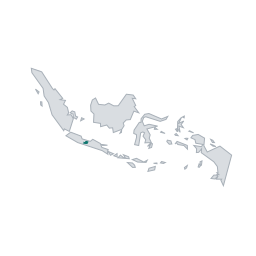 Banjarnegara, Jawa Tengah, Indonesia (highlighted), rotated 12°
{"feature_id": "22746128B31481808975183", "entity_name": "Banjarnegara", "entity_type": "district", "adm_level": 2, "iso_a3": "IDN", "parent_name": "Indonesia", "parent_adm1": "Jawa Tengah", "projection": "orthographic", "projection_center": [109.665, -7.356], "detail": "fine", "context": "in_parent", "style": "filled", "palette": "teal", "viewbox_px": 256, "rotation_deg": 12, "n_neighbors": 0, "source": "geoboundaries", "source_scale": "gbopen_adm2", "svg_char_len": 4371}
<svg xmlns="http://www.w3.org/2000/svg" viewBox="0 0 256 256"><g transform="rotate(12 128 128)"><path d="M90.0,105.4L94.3,111.0L100.6,110.3L103.9,107.7L109.5,109.3L113.8,108.3L119.4,95.3L126.2,94.7L129.5,97.8L126.0,98.1L130.9,104.4L129.6,105.8L135.4,110.9L130.2,110.3L128.5,119.3L124.6,120.5L122.3,124.1L123.7,126.6L122.2,130.6L114.6,135.5L112.9,131.0L109.8,132.0L106.6,129.5L100.9,132.4L100.1,129.2L93.1,129.6L91.8,121.4L88.2,119.1L86.7,113.5L87.3,108.0L90.0,105.4ZM21.0,89.7L31.9,91.0L45.9,105.1L47.7,106.2L48.4,104.7L58.0,112.6L55.7,114.4L61.1,114.0L60.0,118.2L64.4,120.4L66.8,125.5L65.9,127.9L69.5,126.8L72.6,130.3L71.3,143.5L65.9,142.1L65.7,144.0L51.0,130.9L44.9,119.7L39.3,114.1L36.7,106.9L22.5,93.9L21.0,89.7ZM235.0,133.0L233.3,164.6L229.7,159.8L230.2,158.6L225.0,159.7L226.0,156.6L224.7,154.9L225.2,154.7L226.0,154.8L226.5,154.7L224.2,153.3L225.3,153.0L223.4,147.1L219.0,143.2L204.8,136.9L204.3,133.1L202.2,137.1L200.0,137.8L199.4,134.0L196.0,131.4L203.7,131.0L204.7,128.5L197.5,128.8L195.9,125.4L191.6,124.5L192.8,121.8L198.0,119.7L205.0,122.0L205.9,129.6L210.5,135.0L221.7,126.6L235.0,133.0ZM163.4,111.7L158.1,114.8L143.0,113.3L141.2,114.5L140.6,118.5L143.4,122.5L147.8,120.0L156.6,120.0L146.7,125.0L151.1,130.1L150.9,133.6L153.8,137.4L147.6,139.0L147.8,135.8L144.4,132.9L145.2,129.2L143.3,128.8L141.4,130.1L142.1,142.9L137.9,142.9L138.3,135.3L137.6,132.7L134.7,132.1L134.4,128.8L137.9,120.1L139.5,119.9L138.9,116.2L141.5,111.1L145.4,109.5L158.9,112.2L164.5,108.4L163.4,111.7ZM72.8,144.0L83.8,145.7L85.4,148.2L93.9,148.9L95.9,146.4L104.1,148.9L106.4,152.4L113.1,153.2L112.9,156.1L113.8,157.9L107.5,155.5L81.8,152.7L68.9,148.5L72.8,144.0ZM176.7,112.9L181.1,109.6L179.2,113.5L182.1,116.2L177.4,115.6L179.9,121.4L176.5,118.1L175.3,111.4L178.1,106.4L176.7,112.9ZM178.8,130.9L189.6,132.7L190.6,136.3L186.3,133.5L180.2,133.8L178.4,132.3L177.3,133.9L178.8,130.9ZM152.8,157.9L144.5,159.3L138.8,158.0L142.6,155.9L150.6,158.0L153.5,155.5L152.8,157.9ZM129.1,155.1L134.6,156.0L135.6,157.8L124.4,159.2L126.2,156.1L130.0,158.0L131.3,157.3L129.1,155.1ZM162.7,159.9L162.8,163.4L156.5,166.3L156.9,163.0L162.7,159.9ZM72.6,123.3L74.2,127.2L76.4,127.7L75.6,130.1L72.4,129.0L71.4,125.8L68.2,125.2L69.8,122.9L72.6,123.3ZM223.5,159.8L219.7,160.1L221.8,156.2L224.8,155.6L225.6,157.1L223.5,159.8ZM139.6,161.3L142.2,163.0L143.3,165.0L140.7,165.6L134.6,161.9L139.6,161.3ZM172.6,131.7L174.2,134.5L171.7,135.3L168.8,133.2L169.0,131.7L172.6,131.7ZM113.3,155.0L119.2,156.2L116.5,158.3L113.3,155.0ZM122.6,155.3L123.4,158.6L119.9,158.1L122.6,155.3ZM83.2,128.3L80.2,130.8L80.5,127.6L83.2,128.3ZM207.2,144.8L207.6,149.1L206.4,149.2L205.5,146.1L207.2,144.8ZM111.5,149.1L106.9,150.3L105.0,149.6L111.5,149.1ZM155.2,138.3L155.1,142.1L152.6,143.6L153.6,138.5L155.2,138.3ZM29.4,109.2L33.5,111.2L33.0,113.2L29.4,109.2ZM39.4,124.4L37.8,123.6L37.0,120.5L38.3,120.4L39.4,124.4ZM192.2,156.5L191.4,155.0L193.8,152.3L193.6,154.8L192.2,156.5ZM188.8,117.9L193.2,119.1L188.2,118.5L188.8,117.9ZM161.2,124.4L165.4,125.6L160.8,125.4L161.2,124.4ZM153.2,140.1L150.9,141.9L152.9,138.5L153.2,140.1ZM211.2,121.9L213.5,122.4L215.6,124.3L213.6,124.6L211.2,121.9ZM171.7,154.0L170.1,155.3L167.0,155.4L167.8,153.8L171.7,154.0ZM206.8,149.8L205.8,151.7L204.7,151.5L205.0,148.4L206.8,149.8ZM178.6,125.1L175.9,125.3L175.1,124.6L176.3,123.4L178.6,125.1ZM211.6,126.5L214.8,127.0L217.8,127.9L214.9,128.1L211.6,126.5ZM154.1,121.9L156.9,123.2L154.0,123.8L154.1,121.9ZM180.8,106.4L178.9,106.0L180.6,104.6L180.8,106.4ZM160.3,157.2L163.5,156.2L163.8,156.9L160.3,157.2ZM188.7,125.7L188.2,127.4L185.9,126.4L187.1,125.9L188.7,125.7ZM122.5,133.7L121.2,134.8L122.2,131.2L122.5,133.7ZM176.0,118.5L177.4,120.9L176.8,121.2L174.7,119.3L176.0,118.5Z" fill="#d9dde1" stroke="#a8b0b8" stroke-width="1"/><path d="M91.4,150.1L91.2,150.1L90.9,150.1L90.7,150.1L90.4,150.1L90.2,150.0L89.9,150.2L89.8,150.3L89.7,150.3L89.7,150.5L89.8,150.5L89.7,150.6L89.7,150.8L89.6,151.0L89.4,151.2L89.5,151.2L89.4,151.2L89.4,151.3L89.5,151.3L89.4,151.4L89.2,151.4L89.0,151.5L88.9,151.5L88.7,151.5L88.8,151.6L88.7,151.6L88.8,151.6L88.7,151.7L88.8,151.7L88.9,151.8L89.0,151.8L89.1,151.7L89.3,151.7L89.5,151.7L89.8,151.7L90.0,151.6L90.3,151.6L90.5,151.5L90.6,151.4L90.8,151.4L91.0,151.4L91.0,151.2L90.9,151.2L90.7,151.1L90.8,151.0L90.8,150.9L90.9,150.7L91.0,150.7L91.1,150.4L91.3,150.3L91.4,150.2L91.4,150.1Z" fill="#14b8a6" stroke="#0f766e" stroke-width="1.5"/></g></svg>